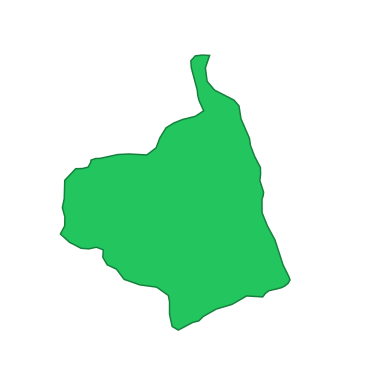 SVG path tracing the border of Isparta, rotated 111°
{"feature_id": "TUR-2275", "entity_name": "Isparta", "entity_type": "Province", "adm_level": 1, "iso_a3": "TUR", "parent_name": "Turkey", "parent_adm1": "", "projection": "orthographic", "projection_center": [30.888, 37.933], "detail": "fine", "context": "isolated", "style": "filled", "palette": "green", "viewbox_px": 384, "rotation_deg": 111, "n_neighbors": 0, "source": "natural_earth", "source_scale": "10m", "svg_char_len": 1120}
<svg xmlns="http://www.w3.org/2000/svg" viewBox="0 0 384 384"><g transform="rotate(111 192 192)"><path d="M264.6,88.4L269.5,103.8L282.5,114.3L292.6,127.4L304.2,136.9L309.8,139.4L313.7,144.8L325.8,155.3L324.7,162.3L314.1,169.2L302.4,173.7L297.0,177.1L293.5,190.9L297.4,207.4L297.9,224.0L291.1,234.9L290.4,245.0L285.0,251.8L277.8,254.1L277.8,261.5L282.0,267.8L284.3,275.4L282.9,288.1L278.4,299.8L269.3,298.7L260.9,301.7L253.1,307.4L244.0,308.9L226.7,315.0L211.9,308.9L209.4,302.8L206.0,297.9L201.0,297.2L198.4,297.7L195.2,293.9L193.7,290.1L183.6,274.7L179.1,264.5L173.6,247.5L163.6,241.3L153.0,241.4L141.3,239.2L134.1,233.7L127.6,226.7L120.2,216.1L112.0,210.2L104.1,218.2L99.6,221.3L94.7,223.8L76.2,237.2L69.9,240.1L63.7,237.7L60.5,231.5L58.2,224.5L71.3,224.0L83.3,217.5L88.8,207.4L91.2,185.6L94.8,179.0L106.1,172.5L121.2,157.7L127.7,154.0L136.4,146.2L144.5,137.0L150.6,134.4L157.1,132.7L166.5,125.1L170.0,124.2L173.6,124.1L186.2,119.2L196.8,109.3L206.9,97.5L227.5,80.8L235.7,71.9L238.9,69.0L242.9,69.6L246.3,71.5L249.3,74.2L256.8,85.0L260.5,87.2L264.6,88.4Z" fill="#22c55e" stroke="#15803d" stroke-width="1.5"/></g></svg>